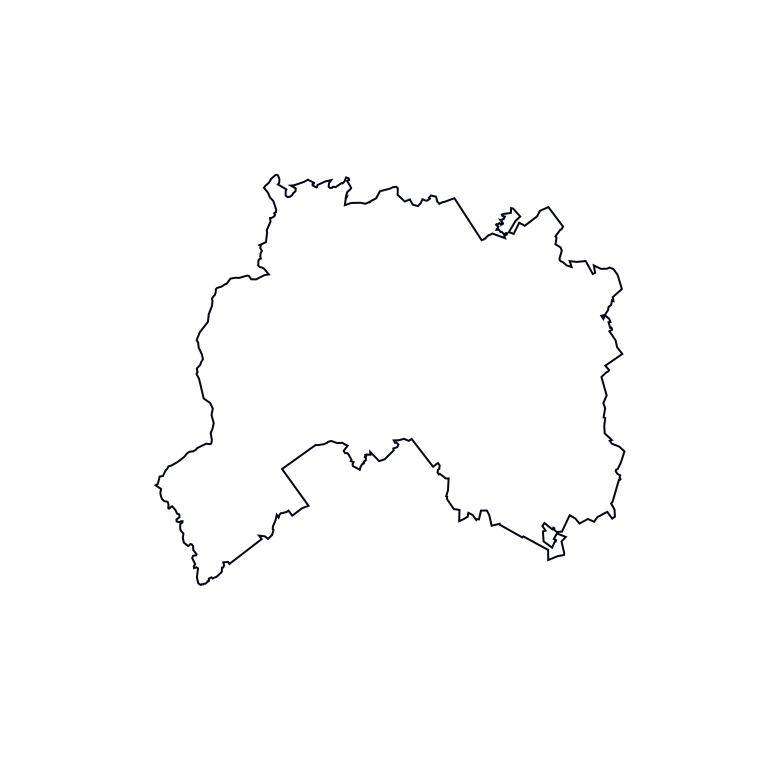 Ģibuļu pag., Talsi, Latvia (orthographic projection), rotated 62°
{"feature_id": "27541924B60318700247351", "entity_name": "Ģibuļu pag.", "entity_type": "district", "adm_level": 2, "iso_a3": "LVA", "parent_name": "Latvia", "parent_adm1": "Talsi", "projection": "orthographic", "projection_center": [22.362, 57.197], "detail": "fine", "context": "isolated", "style": "outline", "palette": "ink", "viewbox_px": 768, "rotation_deg": 62, "n_neighbors": 0, "source": "geoboundaries", "source_scale": "gbopen_adm2", "svg_char_len": 6165}
<svg xmlns="http://www.w3.org/2000/svg" viewBox="0 0 768 768"><g transform="rotate(62 384 384)"><path d="M463.5,564.8L459.2,565.5L462.6,560.7L466.3,559.2L464.8,553.8L461.1,550.1L459.9,550.4L457.5,548.8L453.1,543.4L449.2,540.2L452.5,539.8L450.3,537.5L449.7,536.0L451.3,530.2L451.0,527.8L457.2,526.8L455.2,514.6L456.1,507.8L411.2,513.9L405.7,472.7L406.7,471.6L408.9,465.4L409.2,462.3L408.8,460.4L409.6,457.2L414.2,453.1L416.3,448.5L421.5,445.2L424.1,451.0L426.8,450.8L428.0,448.7L429.0,448.4L435.7,448.3L436.5,449.5L438.8,447.5L439.9,449.3L441.7,450.0L448.4,445.7L446.0,443.4L444.2,440.2L444.7,439.7L444.4,438.6L443.0,438.2L442.9,435.9L440.8,434.7L439.5,435.3L439.0,434.6L439.7,434.3L439.3,433.5L438.1,433.6L438.4,433.0L438.0,432.6L440.1,429.3L437.5,428.0L449.8,424.5L450.8,418.8L447.1,406.5L445.3,406.1L446.0,401.9L444.3,399.7L441.5,400.5L441.2,401.8L438.4,401.8L440.7,397.1L441.8,392.1L445.8,388.8L445.5,385.4L480.1,379.5L479.1,373.5L482.1,373.1L484.7,374.9L485.1,376.6L487.3,378.3L489.6,377.9L489.6,376.8L496.5,373.7L497.7,371.3L507.9,377.4L512.3,381.8L513.2,381.1L514.9,382.4L527.2,381.1L530.6,376.5L540.4,382.0L540.7,377.0L540.4,372.3L537.4,370.0L541.3,367.2L547.4,366.4L547.0,365.3L548.1,363.7L541.3,357.8L544.0,352.6L549.0,352.6L559.7,355.5L561.7,347.5L562.7,347.8L584.4,333.9L584.0,332.5L607.5,317.0L616.5,321.6L617.6,311.2L619.5,305.5L618.0,304.3L606.4,301.2L604.4,295.3L597.2,301.4L600.5,306.8L602.7,305.3L603.7,306.4L603.3,307.1L607.4,312.4L597.9,317.0L588.8,312.9L589.3,310.2L583.7,310.8L582.1,307.6L591.3,303.7L590.3,301.9L591.3,301.3L592.2,302.3L595.9,300.9L596.5,299.4L597.9,296.2L587.0,281.6L592.6,278.2L599.0,276.9L598.9,267.3L604.3,263.2L601.7,258.0L601.7,246.9L610.0,245.7L609.5,242.4L603.1,239.4L596.2,239.6L595.4,237.6L578.8,221.5L579.4,220.9L579.3,220.0L576.9,219.6L575.4,218.4L573.2,220.0L569.9,220.4L568.7,219.5L568.8,217.5L564.9,212.1L556.4,203.3L549.7,205.7L543.7,210.8L540.1,211.3L540.5,209.1L531.2,212.3L524.2,209.1L517.9,204.6L516.6,205.8L509.2,200.1L503.8,199.3L498.7,192.8L479.9,188.7L478.2,182.8L478.1,179.8L477.4,178.7L471.7,180.0L469.4,159.5L460.9,160.9L454.1,159.0L443.2,160.2L443.2,157.3L442.7,157.0L440.9,156.7L440.6,157.9L434.9,156.8L435.5,155.0L432.1,154.6L428.6,155.9L427.8,157.6L429.5,159.8L425.8,160.1L426.7,156.4L423.8,151.3L421.4,149.6L420.8,146.3L417.2,143.5L418.5,142.5L414.7,141.2L411.8,129.4L397.4,126.5L390.2,127.5L387.1,130.1L386.9,133.0L384.1,138.5L377.8,143.1L385.0,145.4L384.9,148.0L370.1,148.2L366.7,156.5L362.7,162.4L368.8,163.4L365.2,167.0L360.0,169.0L358.7,170.3L356.8,170.7L355.5,170.0L349.7,164.4L346.3,164.0L341.1,167.0L335.8,163.0L334.1,163.3L330.5,155.8L330.8,154.7L329.1,152.0L305.0,155.8L304.3,165.1L307.8,170.0L310.4,185.4L305.1,188.9L312.3,199.0L308.6,202.5L301.6,191.0L300.1,185.1L289.8,187.6L288.4,189.2L292.5,191.7L289.8,199.1L289.9,200.4L291.2,200.5L292.9,198.7L294.6,201.0L294.0,201.6L294.6,203.2L293.7,204.3L297.9,203.4L298.5,204.0L298.5,205.4L297.6,204.6L297.2,205.0L297.4,206.1L296.1,206.6L296.4,208.4L295.7,209.6L296.0,210.3L298.9,209.2L300.1,210.9L299.9,211.6L300.7,212.3L301.4,210.3L304.4,209.8L304.9,208.6L308.2,207.7L308.0,205.3L308.8,204.4L309.6,205.4L310.0,208.5L312.0,208.7L301.9,217.8L302.1,220.5L301.7,221.8L302.5,225.1L303.2,226.2L302.8,227.1L303.2,228.2L302.9,230.3L253.0,234.6L251.6,245.1L251.0,246.5L250.9,250.6L247.8,251.3L243.1,250.1L239.6,254.0L240.6,256.7L241.9,256.4L242.4,259.6L241.3,261.5L238.9,263.3L241.5,266.6L242.9,270.4L239.2,274.4L233.2,274.5L232.6,280.0L223.4,283.2L217.7,279.9L215.6,280.6L214.4,283.8L214.3,286.9L211.9,297.1L216.4,303.9L216.3,309.6L216.8,311.0L216.4,311.0L216.2,315.7L213.2,319.3L210.0,325.4L208.7,328.4L207.7,334.6L203.1,331.3L201.1,328.8L201.0,329.8L197.4,326.6L196.0,321.5L195.4,320.9L187.4,321.2L187.4,318.9L185.9,318.6L183.8,320.5L186.6,323.8L187.5,326.3L186.7,327.2L187.5,334.3L185.9,336.5L186.4,337.6L185.7,339.5L183.9,340.3L180.9,338.3L179.2,334.9L177.6,340.6L177.1,349.3L178.6,350.7L178.6,351.5L175.1,353.8L173.9,353.1L174.1,351.8L173.5,351.3L167.9,355.3L168.0,359.7L166.3,370.2L165.0,373.2L169.9,370.1L172.3,371.7L172.9,374.6L174.2,376.6L174.5,378.8L173.7,381.4L171.3,382.4L167.5,380.2L166.4,378.8L158.0,384.0L157.3,382.2L153.9,380.1L150.1,379.7L149.0,380.4L148.5,381.8L149.8,387.0L152.2,391.1L153.4,395.9L154.4,397.9L160.3,396.7L166.0,397.1L170.3,395.8L179.3,397.3L181.6,398.8L181.4,399.9L181.8,400.9L183.6,400.8L184.4,402.3L184.6,405.1L184.0,406.7L187.4,408.0L193.1,415.3L195.4,416.1L203.4,421.7L202.9,428.8L204.2,428.0L205.8,429.4L209.1,429.3L210.6,431.5L213.3,433.4L215.5,433.8L215.3,435.6L215.8,436.7L220.3,439.5L222.4,438.8L223.6,437.2L226.1,435.7L233.2,434.3L231.7,438.6L231.6,447.7L229.2,452.1L225.1,452.6L224.0,454.1L222.3,462.1L220.4,465.3L218.9,470.1L221.6,475.8L221.3,477.6L221.8,481.6L220.8,486.2L221.4,488.0L223.9,489.4L226.2,491.9L226.2,492.8L227.8,495.8L230.5,496.6L234.4,499.4L240.3,506.1L246.5,510.3L251.8,522.3L257.3,528.8L260.3,528.7L264.7,530.5L272.2,530.9L277.1,532.2L279.0,535.4L280.9,537.3L282.4,542.0L286.0,543.1L287.0,544.8L292.8,544.9L312.1,550.0L319.2,546.4L325.3,546.7L330.5,550.9L338.6,552.7L343.1,556.5L346.0,560.1L352.5,562.2L355.2,564.2L355.7,565.3L353.2,569.2L352.9,579.1L353.7,580.9L353.9,584.0L352.5,587.5L352.8,590.5L354.5,594.4L356.0,603.0L356.2,610.3L355.5,613.0L357.0,614.9L357.7,617.3L361.4,622.3L360.4,625.6L366.0,630.5L366.2,633.2L372.1,630.1L375.0,632.5L377.8,633.5L381.1,634.0L384.2,633.1L386.4,630.4L389.1,630.8L392.5,632.8L393.2,632.3L392.4,629.2L392.6,628.4L397.5,627.3L401.3,627.6L403.1,626.0L405.6,627.1L406.2,630.9L408.0,631.6L409.9,629.6L409.9,627.4L410.6,626.3L411.6,627.0L412.2,629.8L416.2,631.9L418.0,632.3L421.9,631.3L425.5,633.9L430.2,635.2L435.0,633.1L435.1,631.8L434.4,630.1L435.4,629.0L437.7,628.7L441.1,630.4L446.3,629.4L447.1,630.3L446.3,632.2L446.3,633.5L447.7,635.1L454.4,635.3L455.8,637.6L457.5,638.1L457.8,635.6L459.5,634.8L467.0,640.0L472.5,641.5L474.2,641.0L475.4,640.0L475.1,639.2L476.1,637.9L475.8,637.3L476.4,635.7L475.9,632.7L475.4,632.5L475.7,631.0L473.6,630.1L473.7,627.2L475.4,626.5L475.2,625.8L475.6,622.3L473.8,615.5L470.1,613.3L470.5,612.1L469.3,610.4L466.0,609.6L467.9,605.2L470.3,605.0L463.5,564.8Z" fill="none" stroke="#020617" stroke-width="2"/></g></svg>